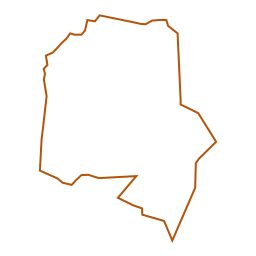 outline of José da Penha, Rio Grande do Norte, Brazil
{"feature_id": "56859067B70747507045438", "entity_name": "José da Penha", "entity_type": "district", "adm_level": 2, "iso_a3": "BRA", "parent_name": "Brazil", "parent_adm1": "Rio Grande do Norte", "projection": "mercator", "projection_center": [-38.291, -6.348], "detail": "fine", "context": "isolated", "style": "outline", "palette": "amber", "viewbox_px": 256, "rotation_deg": 0, "n_neighbors": 0, "source": "geoboundaries", "source_scale": "gbopen_adm2", "svg_char_len": 684}
<svg xmlns="http://www.w3.org/2000/svg" viewBox="0 0 256 256"><path d="M177.6,33.4L168.1,25.9L166.4,20.1L160.9,19.9L152.1,20.6L145.6,24.2L140.8,23.9L132.6,22.1L99.7,15.4L94.9,21.3L87.4,20.1L85.0,30.5L81.4,34.7L74.6,34.7L70.1,33.4L66.4,38.7L61.9,42.8L58.6,46.5L52.8,52.6L45.9,55.6L47.4,64.9L43.7,68.8L45.0,73.6L43.9,79.6L46.6,96.2L43.1,127.0L41.6,139.1L39.9,170.6L57.4,178.4L62.6,182.7L71.7,184.9L75.4,180.8L81.4,175.1L88.4,174.8L93.3,176.4L98.9,178.1L136.3,176.1L117.9,197.8L133.3,205.4L142.1,208.4L142.3,214.7L164.1,221.0L172.3,240.6L195.2,187.7L195.8,163.1L199.4,158.2L216.1,141.8L198.2,113.1L180.6,104.5L180.6,99.7L177.6,33.4Z" fill="none" stroke="#b45309" stroke-width="2"/></svg>